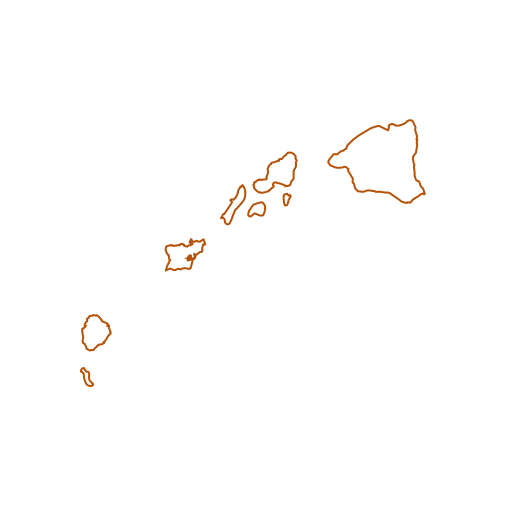 map outline of Hawaii (Mercator projection), rotated 296°
{"feature_id": "USA-3517", "entity_name": "Hawaii", "entity_type": "State", "adm_level": 1, "iso_a3": "USA", "parent_name": "United States of America", "parent_adm1": "", "projection": "mercator", "projection_center": [-158.302, 23.654], "detail": "fine", "context": "isolated", "style": "outline", "palette": "amber", "viewbox_px": 512, "rotation_deg": 296, "n_neighbors": 0, "source": "natural_earth", "source_scale": "10m", "svg_char_len": 6140}
<svg xmlns="http://www.w3.org/2000/svg" viewBox="0 0 512 512"><g transform="rotate(296 256 256)"><path d="M440.0,331.4L443.7,333.0L445.2,334.3L446.0,335.9L445.8,337.9L441.8,342.8L438.7,344.0L434.2,348.3L431.2,349.2L431.1,350.0L428.6,350.6L426.5,352.2L418.8,354.5L415.9,353.8L414.2,353.7L412.6,354.2L408.8,356.8L407.5,358.4L406.1,358.6L405.0,359.1L402.4,360.8L398.9,362.9L397.8,363.2L394.8,366.2L394.3,367.4L394.4,370.0L390.9,373.6L389.7,376.7L388.7,377.8L385.8,380.4L385.2,380.0L385.2,378.4L383.8,377.2L380.9,375.7L375.8,372.4L371.6,371.3L370.7,368.6L369.8,368.3L369.2,366.3L368.7,363.2L369.5,359.4L371.1,348.7L370.9,346.8L370.0,345.1L367.5,337.8L366.8,336.9L366.1,335.3L366.3,333.7L365.5,332.2L365.1,330.5L364.3,328.4L363.1,326.6L362.0,325.7L360.5,323.9L358.9,319.2L359.6,317.1L360.3,315.4L361.8,314.0L363.3,313.0L363.9,312.3L364.3,310.9L365.3,310.1L368.2,309.0L369.6,306.5L370.3,305.7L371.9,302.9L373.5,301.1L374.6,301.0L375.4,297.7L374.9,296.3L373.7,295.2L371.3,291.4L370.3,288.2L370.1,283.1L371.4,280.5L372.3,279.6L374.9,279.6L381.4,281.1L381.8,281.4L382.0,282.0L382.1,282.7L383.2,284.6L385.9,285.7L387.7,286.7L388.9,288.2L390.6,289.0L392.0,290.1L393.6,289.7L396.1,289.8L403.6,292.5L409.8,295.8L421.2,303.2L424.9,306.9L426.9,309.6L426.8,316.4L427.0,319.5L429.0,319.4L431.7,318.1L433.7,319.6L434.6,321.1L434.4,324.3L435.3,326.3L436.5,328.1L440.0,331.4ZM362.9,239.5L364.5,242.7L364.1,245.7L362.8,248.1L361.1,248.6L359.7,250.7L357.8,250.7L354.0,252.7L350.1,252.5L348.8,252.6L341.9,255.9L338.4,255.1L337.5,255.3L334.6,255.5L332.6,253.6L332.4,252.8L331.5,251.8L332.1,251.3L332.1,250.0L331.6,245.1L331.0,243.7L331.0,242.2L330.6,240.9L329.8,240.2L329.1,239.8L328.0,239.8L327.0,240.3L326.6,241.3L325.7,241.5L323.7,240.2L322.2,239.9L320.7,238.9L319.7,239.0L318.8,237.8L317.1,236.0L315.2,233.4L315.1,231.8L314.4,230.9L315.1,227.3L315.7,225.5L316.5,224.3L317.3,224.2L317.9,223.6L318.0,223.0L318.6,222.5L320.0,222.7L320.6,222.5L320.8,222.2L321.3,222.1L321.8,222.5L322.4,223.2L323.1,223.3L325.1,224.3L325.5,225.3L326.3,225.5L326.5,226.5L326.5,227.4L327.5,228.3L329.4,231.7L330.6,231.6L331.4,230.7L332.7,230.7L336.6,230.3L338.8,228.6L339.9,228.2L342.2,228.1L343.3,228.3L344.8,228.8L345.2,229.2L346.1,229.0L347.2,229.7L347.6,230.5L349.3,232.4L350.5,233.3L351.4,234.2L351.5,234.8L352.7,234.9L353.0,234.5L353.9,235.2L354.3,236.3L354.7,236.8L357.1,237.2L359.5,238.4L362.9,239.5ZM243.7,198.2L244.5,199.4L247.4,201.1L247.9,201.6L244.7,204.9L243.9,205.1L243.7,204.7L243.7,204.0L243.1,203.4L241.2,203.9L239.7,204.1L238.5,204.7L237.5,205.5L236.4,205.5L235.9,205.3L235.0,203.8L231.6,202.2L230.8,201.1L230.6,200.4L230.6,199.7L230.1,200.0L229.1,200.8L229.8,201.7L226.9,201.9L227.0,201.5L227.4,201.3L226.8,200.8L225.7,200.9L225.5,199.5L225.6,199.0L225.4,198.5L227.7,197.4L228.0,196.7L227.1,196.0L225.9,195.4L225.6,195.7L225.4,196.7L224.8,196.4L223.8,195.2L223.9,196.3L224.3,197.4L223.9,197.7L221.8,195.8L222.3,197.0L223.4,198.3L224.9,199.5L224.6,200.7L223.3,201.2L219.1,202.1L217.8,202.2L216.6,202.6L215.1,201.7L214.5,199.2L213.8,197.2L212.2,195.0L210.9,194.3L210.6,192.3L210.1,191.2L208.1,189.7L207.3,188.3L207.2,184.6L206.7,183.9L203.7,181.4L204.2,181.2L206.7,180.7L209.7,180.5L212.8,180.6L213.7,180.3L214.7,180.6L215.0,179.7L215.3,179.2L216.6,178.5L218.6,176.9L218.5,176.4L219.7,174.2L222.2,171.9L224.4,171.3L225.3,171.3L225.8,171.6L226.7,172.7L227.8,173.7L227.9,174.5L228.5,174.8L228.5,175.5L229.1,176.1L228.8,177.5L229.7,178.7L230.6,179.7L231.1,181.0L231.8,181.4L232.2,182.7L232.7,182.6L233.5,182.8L234.6,184.5L234.6,186.2L234.1,186.2L233.7,186.7L234.2,190.0L235.8,190.6L236.9,192.4L238.0,192.8L238.1,193.3L238.9,193.6L240.0,192.1L238.9,191.4L239.0,190.5L239.8,190.2L241.5,190.4L242.4,190.1L242.6,190.7L241.6,191.7L241.4,193.1L241.5,194.2L242.6,194.9L243.5,195.8L243.8,196.5L243.5,197.3L243.7,198.2ZM132.2,138.0L132.8,138.4L132.7,141.3L132.0,142.2L131.0,145.1L130.0,145.7L129.9,147.8L130.2,150.6L130.1,152.0L129.9,152.6L129.0,152.6L128.2,153.0L128.7,153.5L129.0,154.2L128.5,154.7L127.7,154.6L126.5,155.6L126.0,156.5L124.3,157.9L124.2,158.4L123.4,158.5L122.7,159.3L119.6,158.2L117.7,158.0L116.2,158.0L112.6,157.4L112.0,156.8L111.7,156.9L111.6,157.4L111.0,157.6L110.6,157.0L109.7,156.6L108.9,155.9L108.4,155.2L107.8,154.0L107.0,153.8L106.7,153.2L106.0,152.8L104.6,152.6L102.7,151.7L101.3,151.4L100.1,151.0L99.5,149.8L99.3,149.0L98.7,148.7L98.2,148.0L98.4,145.1L98.3,144.4L99.0,144.2L101.8,140.7L102.0,138.8L102.5,138.6L103.2,137.5L106.6,136.6L108.6,135.4L109.8,134.3L111.4,133.5L112.1,132.7L113.0,132.4L113.7,132.4L114.2,131.8L114.9,132.0L115.4,132.4L115.7,132.9L117.1,133.3L117.8,133.7L118.4,133.7L118.2,133.1L118.4,132.5L119.6,132.0L120.9,132.2L122.5,132.2L123.3,132.8L124.0,132.7L125.3,131.6L127.1,132.7L128.3,132.6L129.6,133.3L130.1,134.5L131.0,135.4L131.5,135.5L132.2,138.0ZM310.7,211.8L311.4,211.6L311.8,211.9L311.6,212.3L312.1,212.5L313.2,212.5L313.7,212.8L312.4,215.3L310.2,217.4L307.6,218.9L305.0,220.0L302.3,220.6L299.5,220.3L296.8,219.7L291.4,218.3L288.1,217.1L280.0,217.7L277.6,218.1L275.6,217.9L274.0,218.0L272.7,217.5L271.9,216.4L271.9,215.0L272.4,213.8L273.2,212.9L274.4,212.4L275.6,211.1L275.9,209.6L275.0,208.5L275.0,207.9L276.8,208.2L278.5,208.1L279.4,208.3L279.9,209.2L281.0,209.2L291.2,210.7L293.9,210.9L294.4,210.0L294.5,209.3L294.8,208.7L295.5,208.6L296.5,209.8L296.8,211.2L300.3,212.2L303.9,212.1L305.4,211.9L307.1,211.3L307.7,211.4L309.0,211.3L310.7,211.8ZM303.7,233.8L306.0,236.4L306.7,237.7L306.9,238.6L306.4,239.9L304.9,242.3L301.8,243.7L299.2,244.4L295.8,244.6L294.4,242.6L294.0,240.8L293.9,237.7L293.7,236.1L292.5,235.4L289.6,234.2L288.7,232.8L289.3,231.2L290.9,230.4L293.8,230.0L300.6,231.0L303.7,233.8ZM75.4,149.4L76.6,148.8L77.8,148.9L79.2,149.4L79.8,150.7L78.3,152.5L77.8,154.1L78.3,156.1L77.4,157.4L75.1,158.6L73.8,159.0L72.3,160.0L71.3,160.8L70.8,162.0L69.5,165.7L68.6,166.0L67.7,165.3L66.9,165.0L66.0,162.4L66.2,160.7L67.0,158.9L69.7,156.0L71.9,154.4L74.7,152.7L75.5,150.8L75.4,149.4ZM323.8,254.6L325.5,256.7L324.6,258.9L325.7,259.6L325.0,261.0L323.0,261.0L321.1,260.7L317.9,261.4L315.6,261.6L314.1,260.1L314.9,259.0L316.4,257.7L320.5,255.2L322.3,254.5L323.8,254.6Z" fill="none" stroke="#b45309" stroke-width="2"/></g></svg>